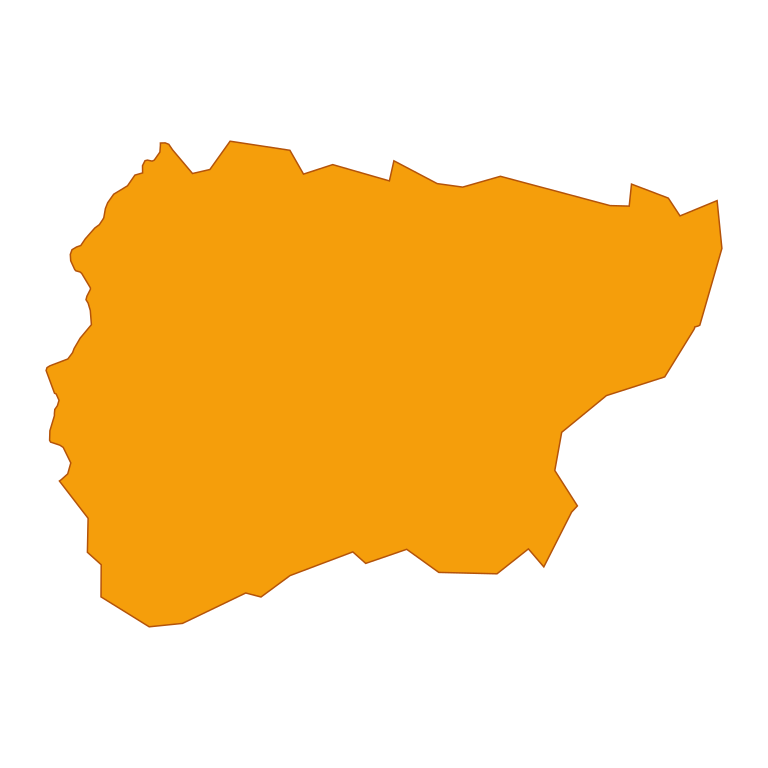 the district of Graham, North Carolina, United States of America
{"feature_id": "52423323B76614514394942", "entity_name": "Graham", "entity_type": "district", "adm_level": 2, "iso_a3": "USA", "parent_name": "United States of America", "parent_adm1": "North Carolina", "projection": "equal_earth", "projection_center": [-83.908, 35.342], "detail": "fine", "context": "isolated", "style": "filled", "palette": "amber", "viewbox_px": 768, "rotation_deg": 0, "n_neighbors": 0, "source": "geoboundaries", "source_scale": "gbopen_adm2", "svg_char_len": 1395}
<svg xmlns="http://www.w3.org/2000/svg" viewBox="0 0 768 768"><path d="M172.6,149.9L168.8,144.3L165.2,142.9L160.4,143.0L160.4,143.8L160.4,145.6L159.9,152.1L154.2,160.2L152.1,161.1L147.4,160.1L145.0,160.7L142.5,165.7L142.6,172.9L134.9,175.1L127.5,185.8L113.7,194.2L107.7,202.7L105.4,208.5L103.8,217.7L102.8,219.5L99.3,224.7L94.8,228.0L85.3,238.8L80.8,245.5L76.5,247.0L72.0,249.7L70.3,254.4L70.7,260.8L74.7,269.5L75.8,270.8L80.1,272.0L81.7,273.4L90.4,287.9L90.4,289.3L86.9,296.2L86.0,299.7L88.1,303.1L90.3,310.5L91.4,324.7L80.2,338.1L74.1,348.5L72.6,352.6L67.8,359.0L65.9,359.7L50.1,365.7L47.0,367.6L46.1,370.5L54.5,393.2L56.2,394.0L59.0,400.3L57.4,405.7L54.8,409.4L54.4,413.5L54.4,415.8L49.9,430.7L49.6,440.3L50.6,442.1L59.9,445.2L63.2,447.4L70.8,462.9L67.7,473.9L61.1,479.8L59.4,481.0L88.1,518.3L87.4,552.3L101.2,564.7L101.0,596.9L149.2,626.8L182.5,623.4L245.7,593.0L261.0,597.0L290.0,575.6L352.8,551.9L365.7,563.4L406.7,549.3L438.8,572.4L497.0,573.8L528.4,548.9L543.8,566.9L571.6,512.1L577.4,505.9L554.8,470.5L561.7,432.3L606.4,395.6L664.7,376.9L693.7,329.9L694.5,328.4L694.7,327.0L698.2,326.0L699.8,325.2L721.9,248.4L717.1,200.6L680.0,215.9L668.3,198.1L631.5,184.1L629.2,206.1L610.1,205.6L500.4,176.3L462.7,187.1L437.2,183.6L393.9,160.8L389.4,180.9L332.7,164.6L303.5,174.1L289.9,150.3L230.1,141.2L209.9,169.5L192.5,173.5L172.6,149.9Z" fill="#f59e0b" stroke="#b45309" stroke-width="1.5"/></svg>